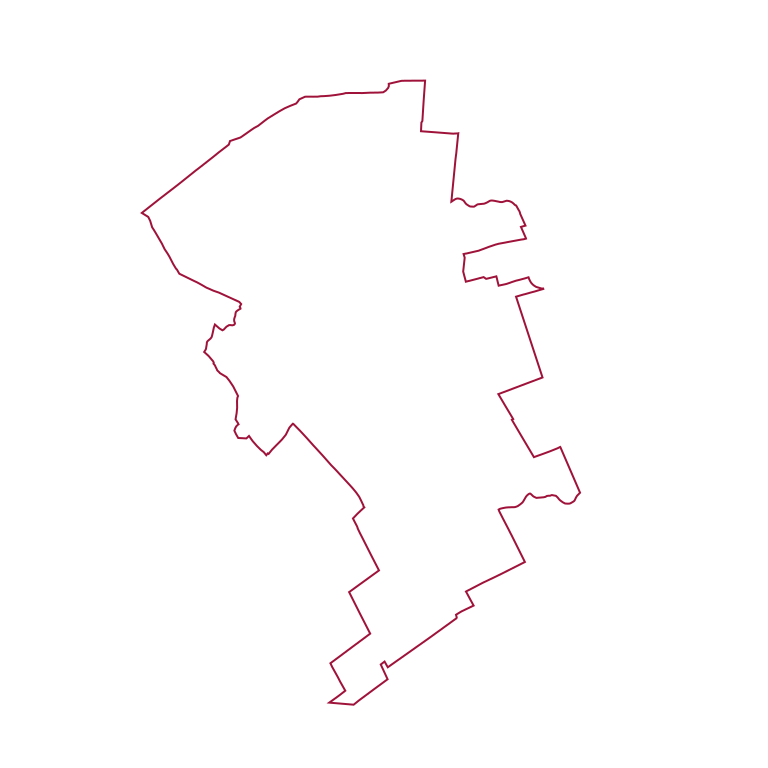 Girisu De Cris, Bihor, Romania (orthographic projection), rotated 343°
{"feature_id": "2599482B40990728968536", "entity_name": "Girisu De Cris", "entity_type": "district", "adm_level": 2, "iso_a3": "ROU", "parent_name": "Romania", "parent_adm1": "Bihor", "projection": "orthographic", "projection_center": [21.776, 47.06], "detail": "fine", "context": "isolated", "style": "outline", "palette": "rose", "viewbox_px": 768, "rotation_deg": 343, "n_neighbors": 0, "source": "geoboundaries", "source_scale": "gbopen_adm2", "svg_char_len": 6068}
<svg xmlns="http://www.w3.org/2000/svg" viewBox="0 0 768 768"><g transform="rotate(343 384 384)"><path d="M537.6,526.4L535.5,507.6L534.2,496.0L534.1,495.7L531.2,496.2L523.1,496.9L515.9,497.3L507.5,497.7L506.0,497.8L499.9,472.7L495.8,455.6L497.3,455.3L493.0,437.9L492.9,437.4L492.1,434.1L490.4,427.1L520.2,425.2L537.5,424.1L535.8,339.1L543.5,339.2L544.9,339.3L548.9,339.4L550.2,339.4L555.6,339.6L559.3,339.6L564.1,339.7L564.1,339.2L562.7,338.8L561.9,338.3L558.0,335.7L557.5,335.2L556.3,333.8L555.3,332.3L554.3,330.2L553.8,328.2L553.5,326.2L553.4,324.2L551.4,324.2L549.8,324.2L543.7,324.0L540.6,323.8L540.3,323.8L535.8,323.9L534.2,324.0L531.3,324.1L530.0,324.1L528.6,324.0L524.1,323.6L522.4,323.5L522.6,319.4L522.8,316.5L522.9,313.9L520.8,313.8L513.6,313.4L512.4,313.3L510.5,310.9L507.5,310.8L506.4,310.7L505.2,310.7L495.6,310.3L494.4,310.2L492.2,310.1L492.3,307.7L492.4,304.4L492.6,299.6L498.1,286.8L498.1,283.0L500.5,283.2L500.8,283.3L513.7,284.2L514.5,284.1L518.4,283.9L521.7,283.7L524.4,283.5L531.4,283.3L533.8,283.4L534.5,283.4L542.3,284.3L542.6,284.3L557.4,286.0L559.9,286.4L562.3,286.5L562.3,285.7L560.9,273.8L565.6,273.9L564.0,261.3L564.1,260.1L564.0,258.2L563.6,256.9L562.6,252.0L562.4,251.9L561.8,251.3L561.3,250.7L561.1,250.3L560.9,249.8L560.5,249.1L560.0,248.4L559.6,247.8L559.0,247.2L558.4,246.6L557.6,246.0L556.9,245.5L556.0,245.1L555.4,244.8L554.8,244.6L554.1,244.6L553.1,244.6L551.3,244.6L550.4,244.6L549.6,244.4L548.7,244.1L548.0,243.8L547.2,243.3L544.6,241.9L543.3,241.2L542.3,240.7L540.9,240.1L540.1,239.9L539.5,239.8L538.7,239.8L538.2,239.9L537.5,240.1L536.6,240.3L535.2,240.6L533.4,240.8L532.7,240.8L532.2,240.8L530.3,240.4L527.8,239.9L526.8,239.7L526.1,239.6L525.4,239.7L524.8,239.9L523.6,240.3L522.8,240.5L522.1,240.7L521.6,240.6L520.9,240.4L519.8,240.0L518.5,239.5L518.0,239.2L517.8,239.0L517.3,238.5L516.3,237.3L515.5,236.3L515.1,235.6L514.7,234.7L514.4,233.8L514.1,232.8L513.7,231.9L512.8,230.8L511.8,229.9L510.7,229.1L509.9,228.7L509.1,228.3L508.5,228.1L507.9,228.0L507.2,228.0L506.5,228.0L505.1,228.4L503.6,228.8L502.1,229.3L501.7,229.4L518.2,189.7L519.9,185.9L520.4,184.9L522.1,180.8L528.3,166.0L528.1,166.0L524.6,165.1L523.6,164.9L522.2,164.4L505.9,158.0L493.3,153.1L496.2,144.9L497.6,143.7L504.7,124.8L508.8,114.2L512.0,105.9L502.1,102.9L495.9,101.1L493.9,100.5L491.9,99.9L489.9,99.3L488.2,99.1L486.7,99.0L476.3,98.3L475.7,100.6L474.5,102.1L471.6,103.9L468.5,104.8L463.2,103.5L456.1,101.4L448.6,99.5L438.0,96.2L432.5,94.6L429.7,94.5L422.4,93.5L416.2,92.4L411.0,91.2L407.6,90.3L404.5,89.8L400.1,88.5L395.1,86.9L392.5,86.2L386.3,87.0L384.0,88.8L382.0,90.1L375.6,90.6L369.6,91.3L363.7,92.6L357.1,94.3L350.6,96.0L347.2,97.2L339.1,100.3L334.7,101.2L331.1,102.3L325.4,104.2L318.8,106.3L307.8,106.6L305.6,109.7L293.9,114.1L287.0,116.9L269.9,123.5L266.1,124.9L245.2,133.2L224.2,141.1L202.4,149.6L207.4,155.3L207.6,156.5L208.1,159.6L208.1,166.4L208.9,169.1L210.0,173.5L211.5,179.9L212.7,185.0L213.2,188.4L213.3,188.7L213.6,190.8L215.2,196.1L216.0,199.4L217.5,207.7L218.6,212.1L218.8,212.9L219.4,213.9L220.5,218.7L232.8,230.2L234.6,231.8L236.6,233.8L238.9,236.2L240.2,237.6L242.3,239.9L244.7,241.9L247.1,244.0L248.4,245.1L252.8,248.3L269.6,263.2L270.8,265.8L268.6,267.9L268.9,269.2L268.8,270.0L266.7,270.5L265.1,271.0L263.9,271.5L263.2,272.1L262.5,273.4L262.0,274.6L261.6,275.5L260.9,276.3L259.7,278.1L259.3,279.3L259.1,280.2L259.2,281.3L259.2,282.4L258.9,282.9L257.8,283.6L256.6,283.6L256.0,283.5L254.2,282.7L253.0,282.4L250.2,283.1L248.6,284.0L246.7,285.1L245.2,285.4L242.8,282.7L239.7,277.7L237.7,280.4L235.4,284.6L233.9,287.2L232.9,288.7L231.5,289.8L228.3,291.2L227.4,291.7L226.7,292.6L226.1,294.2L225.3,295.8L224.4,297.6L224.2,298.1L223.6,298.9L223.0,299.4L222.2,300.1L221.4,300.8L224.5,306.0L227.3,312.5L227.4,314.0L226.9,314.7L227.7,316.5L227.8,317.1L227.9,317.4L227.9,318.1L228.4,320.9L228.5,322.2L229.8,324.5L230.3,325.7L235.4,331.3L237.2,336.0L239.1,342.3L240.9,352.8L239.8,354.2L238.5,357.2L236.6,363.8L234.5,368.9L231.7,374.4L232.9,378.7L233.1,380.0L232.6,380.1L230.3,381.3L229.9,381.7L228.8,382.8L227.3,384.8L227.4,385.9L227.7,387.7L227.7,388.2L228.8,393.0L236.5,395.8L236.7,395.7L239.7,394.2L241.7,400.2L244.4,406.2L247.0,411.0L249.1,414.0L250.6,417.7L251.9,416.8L252.2,416.7L252.6,416.4L253.2,417.1L257.8,414.0L263.3,411.0L268.7,408.1L270.6,407.0L275.3,403.8L280.5,398.3L282.1,397.2L285.2,395.3L285.4,395.4L285.7,395.8L290.3,404.7L292.0,408.2L294.4,413.2L298.4,421.9L300.1,425.4L304.3,434.2L309.8,446.3L312.4,451.3L321.8,470.8L323.8,475.1L325.8,480.0L327.3,484.6L328.0,488.7L328.6,492.9L328.8,493.6L328.6,494.7L328.8,495.6L329.1,496.2L328.7,496.4L324.9,498.2L320.7,500.3L315.0,503.5L315.5,506.4L316.6,512.3L316.7,513.6L316.6,514.3L317.4,519.6L318.2,524.0L320.0,534.4L321.8,544.8L324.7,560.8L289.8,572.8L293.9,596.8L297.8,618.7L277.6,625.9L251.1,635.4L251.2,635.9L251.7,639.4L254.2,651.0L255.0,655.6L257.3,666.0L249.1,669.1L238.5,672.7L241.2,673.8L261.2,681.8L268.0,679.1L287.1,672.3L291.4,670.8L301.1,667.4L298.9,651.3L303.4,649.6L304.8,656.0L354.5,639.6L384.8,629.2L385.3,628.5L385.4,625.7L391.7,624.1L404.9,622.1L403.5,615.3L402.4,609.7L401.7,606.4L414.9,604.0L415.9,603.8L420.8,602.9L432.4,601.2L440.6,599.9L466.7,595.4L461.7,565.5L461.4,564.0L460.6,559.3L458.5,548.0L457.0,539.5L456.9,537.6L458.3,537.3L459.3,537.3L460.8,537.4L463.0,537.6L464.5,537.8L466.0,538.1L471.0,539.4L473.0,540.0L475.0,540.0L476.5,539.8L477.3,539.5L478.3,539.2L479.1,538.9L480.6,538.3L481.7,537.8L482.7,537.1L483.9,536.0L485.3,534.7L486.7,533.4L488.0,532.5L489.5,531.8L490.4,531.5L491.2,531.4L491.7,531.5L492.3,532.2L493.2,533.8L493.6,534.6L494.5,535.7L495.8,536.9L496.4,537.4L497.0,537.6L498.1,537.8L500.3,538.3L503.6,539.0L504.9,539.1L505.7,539.1L506.4,538.8L507.1,538.7L508.8,539.0L509.7,539.3L510.4,539.4L511.2,539.3L512.1,539.3L515.7,541.2L516.9,543.3L517.7,545.4L518.1,546.2L518.6,547.0L520.4,549.4L521.6,550.6L522.1,551.1L522.9,551.5L524.3,552.0L525.6,552.4L526.5,552.6L527.1,552.6L528.3,552.4L529.5,552.1L530.7,551.8L531.8,551.4L532.8,550.5L534.3,548.8L536.0,547.3L539.7,545.3L537.6,526.4Z" fill="none" stroke="#9f1239" stroke-width="2"/></g></svg>